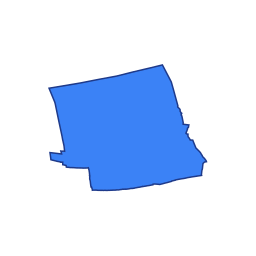 Wassenaar, Zuid-Holland, Netherlands, rotated 35°
{"feature_id": "6326949B22720644545948", "entity_name": "Wassenaar", "entity_type": "district", "adm_level": 2, "iso_a3": "NLD", "parent_name": "Netherlands", "parent_adm1": "Zuid-Holland", "projection": "natural_earth1", "projection_center": [4.386, 52.144], "detail": "fine", "context": "isolated", "style": "filled", "palette": "blue", "viewbox_px": 256, "rotation_deg": 35, "n_neighbors": 0, "source": "geoboundaries", "source_scale": "gbopen_adm2", "svg_char_len": 4955}
<svg xmlns="http://www.w3.org/2000/svg" viewBox="0 0 256 256"><g transform="rotate(35 128 128)"><path d="M134.5,199.4L134.8,199.1L135.1,198.9L136.2,198.1L137.3,197.3L137.6,197.1L137.8,197.0L138.2,196.8L139.1,196.3L141.9,194.4L142.7,193.8L143.9,193.1L144.1,192.9L144.3,192.7L144.7,192.4L146.1,191.5L146.6,191.2L147.8,190.2L149.0,189.4L149.6,188.8L149.9,188.6L150.4,188.3L150.7,188.0L151.0,187.8L151.3,187.6L151.6,187.3L152.2,186.9L152.5,186.7L153.0,186.3L153.2,186.1L153.4,186.0L153.6,185.9L153.8,185.6L154.0,185.5L154.1,185.3L154.4,185.1L154.6,184.9L155.1,184.6L155.4,184.4L155.6,184.3L155.7,184.2L155.8,184.1L156.6,183.3L156.7,183.2L156.8,183.1L156.9,182.9L157.2,182.7L157.6,182.4L157.9,182.1L158.3,181.7L158.9,181.0L159.0,181.0L159.3,180.9L160.2,180.1L160.5,180.0L160.8,179.8L161.2,179.3L161.5,179.3L161.6,179.2L162.0,178.8L162.1,178.7L162.4,178.4L162.6,178.3L163.1,177.9L163.3,177.6L163.9,177.1L164.1,176.8L164.9,176.0L165.0,176.0L165.4,175.7L165.6,175.4L165.8,175.2L166.2,175.0L166.6,174.8L166.9,174.4L167.1,174.2L167.4,173.9L167.7,173.7L167.8,173.5L168.0,173.2L168.3,172.9L168.6,172.6L169.2,172.0L169.7,171.5L170.0,171.2L170.2,170.9L171.2,170.1L171.5,169.7L171.9,169.3L172.1,169.1L172.3,169.0L172.3,168.8L172.4,168.7L172.5,168.6L172.7,168.4L173.3,167.6L173.5,167.7L174.1,167.1L175.2,166.0L176.2,165.1L176.2,164.9L177.0,164.2L178.6,162.7L179.7,161.5L181.0,160.2L180.7,159.7L181.8,158.7L183.1,157.9L183.6,157.6L184.6,157.0L184.9,156.9L185.3,156.6L185.5,156.5L185.7,156.4L185.8,156.3L186.4,156.1L187.1,155.2L188.2,154.0L189.9,151.9L191.7,149.9L191.9,149.6L192.3,149.1L192.9,148.4L193.4,147.8L194.3,146.7L194.2,146.4L194.3,146.2L195.2,145.3L196.7,143.6L196.6,143.4L198.8,141.1L199.0,140.9L201.1,138.8L202.2,137.8L202.8,137.2L203.5,136.5L204.0,135.9L204.4,135.5L205.5,134.2L205.8,134.0L206.9,132.9L208.6,131.2L212.0,128.0L212.0,127.9L212.5,127.5L213.0,127.0L214.5,125.6L215.3,124.8L215.5,124.6L214.8,124.0L214.7,123.8L214.5,123.4L214.2,122.8L213.4,121.4L212.6,119.8L212.6,119.4L212.2,118.5L210.7,115.8L209.8,114.1L210.0,112.9L210.2,112.0L211.6,110.6L211.2,110.3L210.7,110.0L210.5,109.9L210.3,109.8L209.8,109.7L209.6,109.7L209.1,109.4L208.7,109.3L208.1,109.1L207.7,109.0L206.9,108.9L206.2,108.8L205.3,108.5L205.1,108.4L204.6,108.0L204.3,107.9L202.8,107.3L202.2,107.0L201.4,106.6L201.2,106.6L200.9,106.5L199.6,106.2L196.2,105.6L195.6,105.5L195.3,105.5L195.1,105.4L194.9,105.3L191.5,103.1L191.0,102.8L188.0,100.8L187.8,100.9L187.7,101.0L187.3,101.2L187.0,101.5L186.8,101.6L186.5,101.7L186.4,101.9L186.2,102.0L185.8,102.1L185.7,102.1L185.6,101.9L185.4,101.9L185.2,101.8L184.8,101.6L184.5,101.4L184.0,101.2L183.7,101.1L182.7,100.9L182.1,100.5L181.8,100.2L181.6,100.1L181.5,99.9L181.4,99.8L181.3,99.6L181.1,99.4L181.0,99.2L180.8,98.9L180.6,98.8L180.6,98.7L180.3,98.8L179.6,99.1L179.3,99.2L179.2,99.2L178.8,99.2L178.7,99.2L178.6,98.8L178.5,98.6L178.3,98.4L178.1,98.2L178.1,97.8L178.1,97.6L178.0,97.4L178.0,97.2L177.9,97.0L177.9,96.6L177.8,96.4L177.7,96.1L177.6,95.7L177.6,95.4L177.5,95.1L176.9,94.2L176.8,93.9L176.9,93.7L177.0,93.5L177.1,93.2L177.1,92.9L177.1,92.7L176.9,92.3L176.9,92.2L176.6,91.9L176.4,91.4L176.3,91.1L176.2,91.0L176.1,90.6L174.4,91.5L171.0,93.3L170.9,93.2L170.3,92.2L170.2,92.0L165.8,87.8L164.6,86.9L164.4,87.0L163.4,85.9L163.5,85.8L162.9,85.2L163.0,85.1L162.9,85.1L162.6,85.0L162.4,84.9L162.2,84.9L161.8,84.7L161.6,84.6L161.4,84.5L161.3,84.4L161.1,84.4L160.9,84.2L160.8,83.9L160.4,83.5L160.3,83.3L160.0,83.0L159.9,83.0L159.6,82.8L159.3,82.8L159.0,82.7L158.7,82.6L157.8,82.5L157.0,82.4L156.8,82.3L156.6,82.2L156.4,81.8L156.3,81.7L156.3,81.4L156.0,81.1L143.1,70.4L137.1,65.5L136.2,65.0L120.0,56.6L112.2,65.5L100.4,78.7L88.9,92.0L75.9,105.2L63.1,118.5L40.5,140.7L53.3,148.9L54.6,150.0L67.0,161.7L78.7,172.6L81.4,175.3L81.9,175.7L85.8,179.3L89.4,183.4L88.8,183.7L87.4,184.7L87.2,184.8L87.1,185.0L86.9,185.1L86.7,185.2L86.4,185.3L86.2,185.4L88.5,187.3L88.2,187.5L86.4,188.5L85.4,189.0L80.8,191.5L78.2,192.9L79.1,193.9L80.6,195.5L81.6,196.6L82.9,198.0L83.0,198.2L83.3,198.1L83.5,198.0L84.0,197.9L86.0,197.1L88.3,196.2L89.0,196.0L89.6,195.7L92.0,194.6L92.4,194.4L92.5,194.6L92.8,194.4L93.3,194.1L93.6,193.9L93.9,193.8L94.1,193.5L94.6,194.1L95.2,194.9L95.6,195.5L96.7,195.0L97.2,194.8L97.6,194.7L98.0,194.5L98.2,194.4L98.7,194.2L98.8,194.2L99.1,194.5L99.9,195.4L101.3,194.7L101.7,194.4L103.5,193.5L104.6,192.7L104.8,192.6L106.3,191.6L108.7,190.2L112.9,187.4L114.5,186.4L116.4,185.0L117.7,184.0L118.3,183.3L118.5,183.5L118.4,183.5L118.5,183.5L118.9,183.8L119.1,183.9L120.1,184.8L120.3,184.9L120.4,185.0L121.1,185.8L121.4,186.1L121.7,186.4L123.6,188.6L123.7,188.8L123.7,189.0L123.8,189.1L124.0,189.0L124.2,189.3L124.5,189.6L124.6,189.9L124.8,190.2L125.0,190.5L125.3,190.9L125.5,191.2L125.8,191.7L126.0,191.9L126.6,192.3L126.9,192.6L127.3,192.9L128.2,193.9L129.6,195.5L129.8,195.7L130.0,195.9L130.7,196.7L131.1,197.0L131.5,197.5L131.9,197.2L132.4,197.6L133.5,198.4L134.1,198.9L134.5,199.4Z" fill="#3b82f6" stroke="#1e3a8a" stroke-width="1.5"/></g></svg>